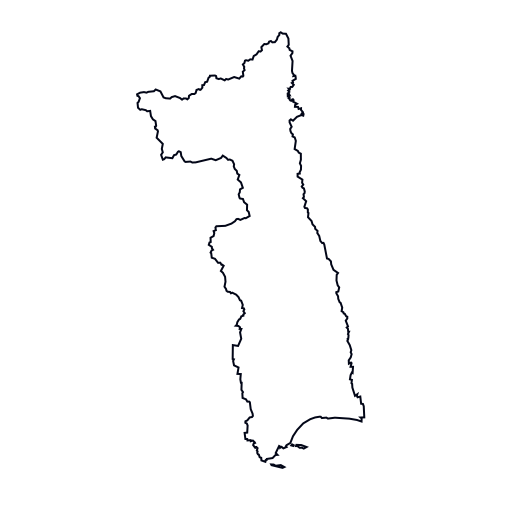 Sam Roi Yot, Prachuap Khiri Khan, Thailand, rotated 77°
{"feature_id": "78962969B49973516992329", "entity_name": "Sam Roi Yot", "entity_type": "district", "adm_level": 2, "iso_a3": "THA", "parent_name": "Thailand", "parent_adm1": "Prachuap Khiri Khan", "projection": "albers", "projection_center": [99.769, 12.241], "detail": "fine", "context": "isolated", "style": "outline", "palette": "ink", "viewbox_px": 512, "rotation_deg": 77, "n_neighbors": 0, "source": "geoboundaries", "source_scale": "gbopen_adm2", "svg_char_len": 6054}
<svg xmlns="http://www.w3.org/2000/svg" viewBox="0 0 512 512"><g transform="rotate(77 256 256)"><path d="M459.2,292.3L458.5,293.4L457.8,293.3L456.9,292.3L457.1,291.5L456.2,291.1L456.6,285.3L454.3,281.8L454.6,279.8L452.4,281.1L446.3,276.2L447.3,275.1L448.2,275.4L447.7,274.0L449.6,272.6L449.0,269.2L448.1,269.7L447.2,268.8L445.9,264.6L439.9,260.5L434.6,254.9L429.7,247.6L427.2,239.8L426.6,234.7L426.9,230.0L427.2,229.1L428.7,228.3L429.3,223.8L430.6,222.5L431.3,215.5L435.5,201.6L438.5,194.5L441.0,190.4L438.0,189.6L436.9,190.4L437.6,186.8L426.6,184.8L424.2,185.1L423.6,186.8L416.4,186.0L416.5,188.8L414.9,189.2L413.5,188.4L414.5,191.0L405.9,191.7L402.2,191.1L401.4,191.6L398.3,190.4L397.3,192.2L393.3,190.6L391.1,188.8L391.7,188.2L385.8,186.4L385.2,188.8L381.9,187.0L381.2,187.4L381.8,189.7L378.5,189.1L376.1,186.5L373.1,184.9L371.1,185.4L369.2,184.3L363.9,184.7L359.3,186.1L358.1,185.1L357.4,185.4L356.8,184.5L353.9,183.6L352.8,184.0L350.8,182.5L350.7,183.2L347.6,182.8L346.1,183.7L345.3,182.2L339.2,183.1L337.4,181.1L335.7,180.7L335.0,181.7L332.3,182.5L331.7,183.5L330.5,183.5L329.0,185.0L325.7,183.6L320.7,184.1L319.9,184.9L316.2,185.5L313.7,185.1L310.4,186.1L309.3,185.9L309.1,183.8L305.3,182.0L303.0,183.0L298.0,183.1L292.5,181.6L291.0,179.9L286.9,183.6L281.0,184.6L278.1,184.2L275.2,185.9L274.4,187.4L260.2,186.9L258.4,187.3L258.3,188.6L255.8,189.9L250.7,189.9L247.4,191.1L245.4,190.4L242.8,192.2L240.9,191.9L237.9,193.8L234.4,194.0L229.9,196.6L225.9,195.2L225.3,195.7L222.3,195.0L221.0,195.5L220.2,197.5L218.9,197.8L213.9,194.8L210.2,197.3L209.2,196.0L206.5,195.8L205.7,194.6L204.2,194.0L200.9,194.1L200.0,195.3L198.6,195.8L197.1,193.9L195.0,194.6L192.0,193.6L188.0,197.6L185.3,197.0L185.5,194.8L184.3,194.7L182.0,192.8L178.3,191.8L175.5,192.4L172.3,190.6L166.4,189.3L164.9,191.1L163.0,191.6L160.5,194.3L152.8,191.3L149.2,191.6L147.7,193.5L145.8,192.7L144.2,193.9L142.0,194.3L139.9,194.1L138.1,192.2L133.4,193.2L131.5,192.8L130.7,191.3L132.5,189.5L129.6,184.8L128.9,180.1L129.9,178.4L128.4,177.7L127.6,177.9L127.3,179.1L126.3,178.0L123.7,179.3L122.2,178.9L122.3,181.4L120.2,181.5L119.4,184.5L117.6,183.9L116.9,181.8L114.0,185.1L112.6,184.3L111.7,184.6L111.5,185.3L112.7,186.8L112.1,187.6L111.0,188.1L109.8,187.7L109.5,188.6L107.8,187.6L107.6,189.1L105.5,188.7L106.5,187.1L104.2,187.7L103.6,186.6L102.0,187.4L101.5,185.8L100.4,186.4L100.7,185.5L99.1,184.2L99.4,182.6L97.7,180.7L95.5,182.1L95.2,180.9L93.5,181.0L92.4,177.4L90.4,177.1L89.2,177.1L89.1,179.0L88.1,178.3L86.0,179.3L83.7,179.3L74.2,176.5L68.6,177.3L66.5,174.9L64.8,174.4L62.8,176.8L61.1,176.8L59.0,178.3L57.6,176.6L51.4,175.5L46.2,176.8L45.3,180.0L43.6,181.6L44.2,183.2L45.8,183.5L47.5,185.7L49.8,186.9L51.9,189.5L51.5,192.0L49.9,193.1L50.1,195.0L51.6,196.0L52.0,198.4L51.3,200.2L53.7,203.8L56.8,203.9L57.8,205.6L57.1,207.3L59.7,210.2L60.6,213.2L63.8,215.2L63.1,217.4L64.0,219.6L63.0,221.7L63.2,222.8L65.4,223.9L66.4,225.7L69.1,224.9L70.4,225.5L72.3,225.3L73.5,227.4L77.6,227.8L78.2,228.6L77.6,229.9L79.4,232.4L76.7,237.0L77.8,243.4L76.8,245.3L77.8,247.0L75.1,250.4L75.2,252.5L73.9,254.6L71.7,254.4L70.9,255.4L70.0,260.3L71.0,260.7L71.6,262.1L75.2,264.4L75.2,266.4L77.7,268.2L77.5,269.9L79.9,270.4L81.4,272.3L81.6,273.1L80.5,274.2L80.8,276.6L83.6,278.1L84.3,279.6L83.7,282.2L84.8,285.2L87.0,286.0L87.9,287.7L86.8,288.7L86.2,291.0L87.0,292.9L85.0,294.5L82.0,298.9L82.2,302.4L83.3,304.3L82.0,308.4L80.7,310.4L74.1,312.1L71.2,316.3L72.5,318.4L71.8,324.1L72.2,325.9L71.1,328.3L70.8,332.1L71.7,335.5L73.3,335.5L73.8,334.5L76.1,333.6L79.4,335.7L80.2,337.0L85.0,337.6L87.5,335.9L87.3,334.3L89.1,330.6L90.5,329.5L90.8,326.5L96.1,326.9L99.7,325.7L101.9,323.6L106.7,324.0L107.4,324.6L107.3,325.4L109.1,325.6L111.3,323.6L112.5,323.5L118.4,326.2L125.8,321.6L130.5,323.7L134.0,323.5L136.1,325.7L141.2,325.1L141.0,323.7L139.6,321.8L141.9,315.5L139.3,313.2L139.2,310.9L136.9,308.6L136.6,307.6L137.9,306.0L141.8,306.3L147.7,304.3L148.5,303.5L149.2,298.7L150.6,297.0L151.2,293.7L151.1,277.7L153.6,273.7L152.6,268.0L150.7,265.8L153.8,262.8L156.0,261.6L156.1,259.8L157.9,257.5L161.7,256.7L163.7,257.5L166.4,257.1L168.7,255.6L171.5,255.7L173.3,254.0L177.4,256.6L180.9,254.1L186.6,253.5L187.5,256.6L190.3,257.5L192.0,259.0L195.5,259.0L196.4,258.6L197.5,255.9L200.9,255.5L204.0,253.1L209.3,254.5L211.5,253.2L215.6,253.2L216.9,257.5L216.4,258.6L217.3,263.1L215.8,265.1L215.7,266.7L217.4,268.7L218.9,272.6L219.7,279.1L218.1,287.9L219.1,289.1L221.8,289.3L222.2,291.7L224.3,291.5L227.0,292.8L228.0,296.2L232.2,297.0L232.4,298.3L234.5,299.5L237.1,297.0L238.6,297.2L240.3,296.5L240.7,298.1L242.5,299.5L243.2,299.0L247.7,299.5L249.5,296.6L254.1,294.5L254.5,292.3L256.8,291.6L256.8,290.9L258.2,289.7L262.7,293.6L264.9,292.0L269.3,290.8L274.2,291.5L278.8,293.6L281.5,292.6L283.2,292.6L284.4,291.7L285.2,289.4L286.7,288.8L286.4,287.4L289.2,284.0L292.1,282.3L295.5,281.6L296.2,280.5L300.7,279.9L303.6,281.3L304.3,279.6L305.4,279.4L307.0,280.7L309.2,279.8L310.2,281.6L311.3,281.7L311.5,283.9L313.7,285.5L314.0,286.8L316.3,289.1L318.7,290.2L319.4,291.3L320.2,288.9L321.9,287.6L323.4,288.3L323.8,286.7L326.8,288.7L333.3,289.0L339.6,293.7L337.6,298.6L351.1,301.9L351.7,300.8L353.1,301.9L357.6,302.0L360.7,298.1L366.7,300.6L367.6,297.4L372.6,299.0L376.1,299.2L376.3,298.5L383.1,300.3L385.7,299.3L386.7,300.2L391.3,301.0L393.4,298.0L395.9,297.2L396.4,295.3L397.2,294.9L404.0,295.6L408.9,294.8L411.1,295.0L412.0,296.1L411.9,298.5L414.2,301.4L414.7,303.5L416.1,303.9L417.2,302.6L419.3,302.3L426.1,304.3L425.8,306.9L431.9,307.5L432.4,305.7L433.8,305.8L434.2,302.7L435.3,302.8L435.1,300.6L437.2,299.2L437.9,299.0L438.1,300.4L439.6,301.3L441.9,300.3L442.1,299.0L442.7,299.3L442.6,298.4L443.6,297.7L445.8,299.0L446.7,298.4L448.1,299.1L449.7,298.7L450.2,297.9L452.9,297.7L453.8,296.3L456.4,296.7L459.2,292.3ZM450.5,258.4L452.7,256.6L453.1,254.4L454.4,252.8L453.5,249.7L450.4,254.4L449.1,259.1L450.2,259.8L450.5,258.4ZM463.3,287.9L468.4,277.8L468.0,275.9L465.3,278.9L464.8,284.0L463.2,285.7L462.5,288.1L463.3,287.9ZM448.9,261.8L447.7,263.2L448.5,264.2L449.5,262.4L448.9,261.8Z" fill="none" stroke="#020617" stroke-width="2"/></g></svg>